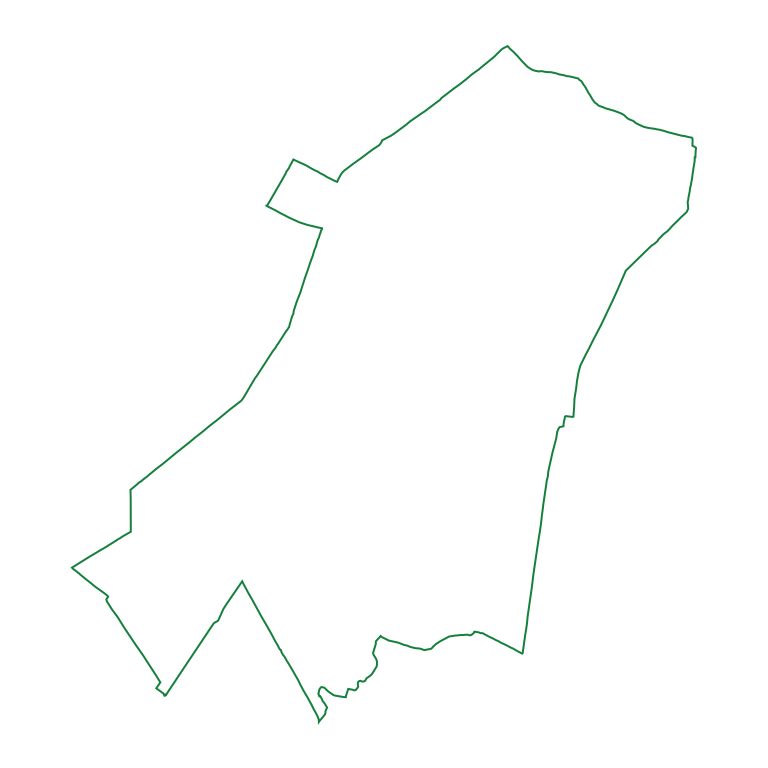 the district of Corlatel, Mehedinti, Romania
{"feature_id": "2599482B35238828278116", "entity_name": "Corlatel", "entity_type": "district", "adm_level": 2, "iso_a3": "ROU", "parent_name": "Romania", "parent_adm1": "Mehedinti", "projection": "orthographic", "projection_center": [22.928, 44.38], "detail": "fine", "context": "isolated", "style": "outline", "palette": "green", "viewbox_px": 768, "rotation_deg": 0, "n_neighbors": 0, "source": "geoboundaries", "source_scale": "gbopen_adm2", "svg_char_len": 6070}
<svg xmlns="http://www.w3.org/2000/svg" viewBox="0 0 768 768"><path d="M522.2,653.6L522.7,652.9L525.1,635.7L526.2,628.9L527.0,623.3L527.6,616.7L531.9,586.9L532.6,580.9L533.0,577.6L533.9,570.9L538.7,538.5L539.7,532.6L541.0,523.7L542.0,514.5L542.8,508.9L543.3,504.3L546.2,484.9L546.7,480.8L547.7,477.2L548.0,475.0L548.2,472.1L549.0,468.2L552.5,452.5L555.3,442.0L556.3,437.9L557.3,431.7L558.5,428.8L559.6,427.1L563.4,426.3L563.8,422.3L565.1,416.6L565.8,416.1L572.0,416.9L573.4,416.7L574.1,407.6L574.5,398.5L576.2,388.1L577.0,380.9L578.5,372.5L580.3,365.7L586.1,353.9L588.7,349.1L593.5,339.4L600.8,325.5L612.2,301.6L617.4,290.2L625.8,270.7L650.9,246.2L654.5,243.7L657.6,241.0L658.6,239.2L663.5,234.2L667.2,231.4L669.2,229.4L672.4,225.8L677.7,220.7L680.6,217.7L686.7,212.0L687.3,210.5L688.2,208.9L687.9,204.3L687.7,202.8L687.7,202.0L688.2,199.9L688.5,197.4L689.7,191.4L690.2,187.2L690.6,186.4L692.1,178.0L692.4,175.6L692.6,173.8L693.2,170.3L693.7,166.7L694.0,165.3L694.7,160.5L694.7,157.4L695.4,157.4L695.5,154.5L695.7,150.5L695.9,149.3L696.0,147.9L695.8,147.6L694.6,146.8L692.4,145.7L692.6,140.0L692.4,138.3L692.1,137.9L691.7,137.6L691.0,137.5L689.7,137.3L683.8,135.9L682.1,135.8L674.6,133.9L672.1,133.2L669.5,132.6L663.2,130.7L659.5,129.7L657.2,129.4L654.7,128.8L649.4,128.1L646.3,127.5L644.0,126.9L640.9,125.6L636.2,123.3L635.1,122.5L634.2,121.7L633.2,120.9L629.8,119.6L628.3,118.8L627.3,118.2L624.6,115.6L623.8,114.9L620.4,113.1L614.2,110.8L609.7,109.5L608.5,109.1L605.7,108.4L602.9,107.2L599.0,105.8L598.3,105.4L597.7,104.7L594.8,102.5L592.4,99.3L590.0,95.1L588.4,92.8L586.1,88.4L584.8,86.3L583.4,84.5L581.7,81.6L581.0,80.9L579.1,79.7L578.7,79.1L578.3,78.5L569.6,76.4L566.9,76.2L564.6,75.4L558.8,74.3L556.8,73.5L551.2,72.2L549.5,72.2L545.5,71.9L542.0,71.2L540.3,71.2L539.1,71.5L535.2,70.8L534.1,70.4L532.6,70.0L530.2,68.6L527.5,66.8L522.1,61.3L517.4,55.9L513.5,51.9L509.9,48.7L507.6,46.1L503.4,48.2L501.4,49.6L498.3,52.7L497.1,53.8L494.3,56.7L480.2,68.2L478.7,69.6L476.1,71.3L471.6,74.6L466.5,79.0L459.4,84.6L454.4,88.1L441.4,98.1L439.9,100.0L437.2,101.9L424.5,111.5L422.0,113.1L409.9,121.5L406.2,124.7L396.1,132.2L390.9,135.8L382.2,140.3L381.9,140.7L381.5,142.0L380.0,144.3L378.8,145.5L374.0,148.6L369.1,152.1L361.6,157.8L353.2,163.8L344.5,170.4L342.4,172.4L341.0,174.3L338.4,179.1L337.1,181.9L334.3,180.7L329.0,178.0L327.4,177.3L324.4,175.4L322.8,174.5L320.1,173.2L318.0,171.7L316.4,171.1L312.1,168.9L306.3,165.5L302.7,163.8L299.7,162.5L293.4,159.5L290.9,164.2L289.7,166.2L289.4,167.0L289.3,167.5L287.2,170.6L286.6,171.3L285.3,174.2L280.0,183.5L278.8,185.6L277.4,187.9L273.6,194.6L272.6,196.3L269.3,202.0L268.4,203.3L267.6,205.0L266.9,205.5L266.4,205.6L266.4,205.8L275.1,210.2L280.0,212.9L283.7,214.8L289.0,217.6L299.3,222.3L306.4,224.6L309.0,225.3L319.6,227.8L322.1,228.3L321.9,229.3L321.0,230.6L320.3,233.4L320.0,233.9L318.8,237.9L318.1,239.2L317.8,239.9L316.9,242.7L316.4,244.9L315.8,246.8L314.4,250.0L312.7,255.9L310.2,262.6L307.9,269.6L305.0,277.8L301.1,290.0L300.4,292.4L297.6,299.4L296.4,302.7L293.9,310.4L293.6,311.6L293.5,313.3L291.9,316.9L289.3,326.0L289.1,327.1L288.3,328.1L287.4,329.7L285.9,331.5L278.1,343.7L277.2,344.8L275.5,347.8L273.0,350.9L257.0,375.6L254.9,378.4L251.0,385.0L243.6,397.6L241.3,400.7L230.4,409.1L216.3,420.7L210.0,425.5L202.6,431.7L195.0,437.6L191.0,441.0L175.6,453.3L162.5,464.1L156.2,468.9L146.0,477.4L143.4,479.3L141.3,481.2L138.6,482.8L137.4,484.1L130.5,489.8L130.7,498.6L130.8,531.8L124.5,535.3L121.6,537.1L120.3,538.0L118.0,539.3L117.0,540.0L106.7,546.5L102.6,549.0L101.5,549.5L95.5,553.2L90.0,556.4L72.0,567.6L72.5,568.3L73.6,569.3L74.9,570.2L79.5,573.8L79.8,574.2L81.9,575.9L85.9,579.2L89.5,582.0L95.1,586.6L105.1,593.8L107.4,595.7L108.0,596.5L108.2,596.8L106.6,598.9L106.3,599.7L107.1,601.7L112.2,609.8L115.4,614.0L117.8,617.3L124.0,627.3L135.4,644.4L142.9,655.1L145.6,659.3L156.8,676.6L160.3,682.4L156.3,688.3L163.7,693.7L164.2,695.4L164.5,695.8L164.9,695.8L165.8,694.5L166.2,694.8L168.6,690.9L172.4,685.3L179.8,674.1L213.0,624.4L214.1,623.0L218.1,620.7L219.1,618.6L223.3,609.1L226.4,604.3L242.2,581.3L244.3,585.6L246.3,589.1L247.5,591.5L250.5,596.8L252.5,600.2L261.1,616.0L265.6,623.7L266.7,625.6L270.9,633.0L275.7,642.0L277.1,644.3L279.8,649.4L280.9,649.9L281.2,650.5L281.2,651.1L281.3,651.8L282.9,654.7L283.3,655.2L284.9,657.3L285.7,658.8L286.4,660.2L288.7,663.8L293.4,671.8L295.0,674.7L298.0,679.8L300.3,684.6L304.0,691.5L307.6,697.5L310.1,702.2L311.7,705.0L313.4,708.6L315.9,713.1L317.8,716.8L318.7,719.4L318.9,720.9L318.9,721.9L320.3,720.0L323.0,716.9L325.1,714.2L325.5,712.5L325.5,711.1L327.1,707.5L324.6,703.4L322.5,700.8L322.2,699.7L320.3,696.2L319.4,696.4L319.0,695.7L318.9,694.7L318.3,693.9L318.8,692.4L319.2,690.1L319.6,689.1L320.6,687.7L321.2,687.2L321.9,687.1L323.7,687.5L324.5,687.8L327.0,690.3L328.0,691.2L330.9,693.4L331.6,693.7L333.1,694.9L334.7,695.5L335.7,695.7L344.0,697.1L345.8,697.2L345.9,696.3L346.3,694.8L348.3,688.9L352.5,689.7L353.9,690.2L355.3,690.3L355.7,690.0L357.8,687.5L358.2,686.5L357.8,684.3L357.9,682.8L358.3,681.8L359.2,681.1L360.3,680.8L361.9,681.4L363.1,681.6L363.9,681.4L364.6,681.0L365.1,680.9L365.7,679.7L366.7,678.2L370.5,675.5L372.0,674.0L376.4,666.9L376.9,665.5L376.9,664.4L377.0,662.2L376.7,660.7L376.5,659.8L376.3,659.3L375.6,658.0L373.8,655.2L373.4,654.5L373.2,653.6L373.2,652.5L375.7,644.4L375.8,643.4L375.8,641.7L376.0,641.2L376.2,640.9L379.3,637.6L380.6,636.0L381.9,637.1L388.9,640.6L398.1,642.6L404.0,644.9L407.8,645.8L410.2,646.9L411.4,647.2L415.5,648.2L419.3,648.5L421.1,648.9L424.2,650.1L425.1,650.0L428.7,649.2L430.1,649.1L431.2,648.7L432.6,647.4L433.2,646.5L434.1,645.8L435.6,644.3L440.3,641.2L448.8,636.7L450.1,636.3L452.9,636.0L454.1,635.7L461.4,635.0L462.8,635.1L463.8,635.0L464.8,634.8L467.8,634.7L469.4,635.3L470.5,635.2L471.1,635.0L471.8,634.5L472.2,634.4L472.6,633.9L473.5,633.3L473.9,632.9L473.9,632.5L474.3,631.7L477.0,632.0L479.1,632.5L480.7,633.2L482.1,633.1L482.8,633.3L490.3,637.3L492.4,638.2L496.3,640.3L498.3,641.1L501.8,643.2L502.8,643.5L506.3,645.2L510.4,647.4L513.1,648.6L519.0,652.0L522.2,653.6Z" fill="none" stroke="#15803d" stroke-width="2"/></svg>